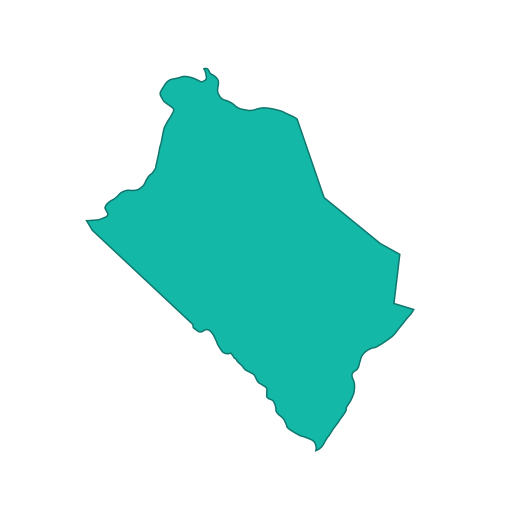 outline of San Juan, La Paz, Honduras, rotated 234°
{"feature_id": "27666195B87762475019358", "entity_name": "San Juan", "entity_type": "district", "adm_level": 2, "iso_a3": "HND", "parent_name": "Honduras", "parent_adm1": "La Paz", "projection": "albers", "projection_center": [-87.732, 13.955], "detail": "fine", "context": "isolated", "style": "filled", "palette": "teal", "viewbox_px": 512, "rotation_deg": 234, "n_neighbors": 0, "source": "geoboundaries", "source_scale": "gbopen_adm2", "svg_char_len": 6100}
<svg xmlns="http://www.w3.org/2000/svg" viewBox="0 0 512 512"><g transform="rotate(234 256 256)"><path d="M384.2,139.7L373.0,138.7L237.7,164.7L236.5,164.0L235.7,163.5L234.8,163.2L234.5,163.2L234.3,163.2L228.8,165.0L228.5,165.1L228.0,165.5L227.6,166.0L227.2,166.5L226.8,167.3L226.5,167.8L226.4,168.5L226.4,169.6L226.3,170.6L226.0,171.8L225.7,172.5L225.4,173.0L225.2,173.2L224.5,173.8L223.8,174.3L222.8,174.7L221.3,175.0L220.1,175.1L219.0,175.2L216.8,175.1L210.4,173.9L207.7,173.2L206.3,172.9L205.3,172.8L201.9,172.6L199.5,172.5L197.9,172.6L197.3,172.8L196.3,173.3L195.1,174.0L194.4,174.7L193.6,175.6L193.0,176.5L192.9,176.6L192.8,177.4L192.6,178.0L192.4,178.3L192.1,178.5L191.2,178.6L190.0,178.7L188.9,178.7L187.3,178.5L186.6,178.5L186.0,178.6L185.0,179.0L184.4,179.2L183.6,179.2L182.4,179.0L181.8,179.0L180.6,179.2L179.0,179.4L177.8,179.7L176.6,180.0L176.0,180.1L173.0,180.2L171.1,180.3L170.5,180.4L169.8,180.6L168.5,181.2L163.1,183.9L162.1,184.3L161.5,184.5L160.6,184.6L159.3,184.5L158.2,184.4L156.7,184.0L155.6,183.8L153.6,183.6L152.3,183.6L151.7,183.8L144.5,186.7L143.8,186.8L143.4,186.9L142.9,186.9L142.1,186.7L141.6,186.4L137.3,182.9L136.4,182.3L135.7,182.0L135.3,181.9L135.0,181.9L134.5,182.0L133.6,182.2L132.7,182.6L131.5,183.5L130.9,183.9L129.8,184.3L129.0,184.6L128.6,184.7L128.2,184.7L127.4,184.6L126.5,184.4L124.6,184.0L123.6,183.7L121.5,182.8L121.0,182.5L120.0,181.8L119.5,181.5L118.6,181.1L117.8,180.9L116.7,180.9L115.2,181.0L114.1,181.2L112.3,181.7L110.7,182.1L108.5,182.4L107.7,182.5L107.3,182.5L106.7,182.5L105.5,182.2L101.2,181.3L100.8,181.2L100.3,180.9L99.7,180.7L99.2,180.6L98.6,180.6L97.4,180.8L96.4,181.1L93.1,182.3L90.7,183.3L85.4,185.7L84.4,186.3L81.9,188.3L80.2,189.5L77.2,191.4L75.3,192.5L74.6,192.9L73.6,193.3L72.6,193.6L71.6,193.8L71.2,193.9L70.4,193.8L69.0,193.5L67.8,193.1L66.3,192.5L65.4,192.0L65.0,191.7L64.5,191.2L63.4,190.0L63.1,191.3L62.9,192.1L62.8,193.0L62.8,194.2L62.8,195.3L62.9,196.0L63.0,197.0L63.2,197.7L63.5,198.4L64.4,200.8L65.8,203.7L66.7,206.0L67.3,207.5L67.7,209.2L68.0,210.1L70.8,217.0L73.2,225.0L74.1,227.0L75.7,232.2L76.8,235.3L77.2,236.2L77.5,236.8L78.0,237.8L78.6,238.6L79.0,239.0L79.7,239.4L79.9,239.6L80.1,239.9L80.5,240.4L80.9,241.1L81.4,242.5L83.0,246.9L83.3,247.5L84.7,250.1L85.7,251.7L87.3,254.2L87.9,254.9L88.6,255.6L89.9,256.8L91.6,258.4L93.0,259.4L94.8,260.5L96.1,261.1L97.2,261.5L98.4,261.9L100.1,262.2L101.4,262.6L102.2,263.0L102.9,263.4L103.6,264.0L104.0,264.4L104.3,264.8L104.5,265.3L104.7,265.8L104.8,266.4L104.9,267.3L104.9,268.2L104.8,269.6L104.8,270.4L104.8,270.9L105.0,271.5L105.4,272.5L105.9,273.5L106.4,274.3L108.0,276.1L110.5,279.4L112.1,281.3L112.5,282.0L113.2,283.6L113.7,285.3L113.9,286.2L114.1,287.3L114.2,289.1L114.2,290.6L114.0,292.7L113.5,294.7L113.3,295.8L113.0,296.6L112.7,297.2L112.1,298.2L111.9,298.8L111.6,300.2L111.4,302.1L111.0,306.1L110.9,309.4L110.8,312.4L110.8,316.3L110.8,318.1L110.9,319.4L111.1,320.5L111.7,323.4L112.5,326.0L113.4,328.9L114.7,334.0L115.6,337.2L116.4,340.0L117.1,342.7L117.6,345.2L118.0,347.1L118.5,348.5L119.0,349.8L120.0,352.1L136.5,339.7L172.8,373.3L192.9,363.9L263.2,345.4L342.5,369.7L343.6,369.4L344.7,369.0L347.3,367.8L354.0,364.0L355.0,363.5L356.6,362.7L357.6,362.1L358.7,361.4L361.3,359.3L363.6,357.4L366.2,355.0L368.3,352.9L369.9,351.1L371.0,349.7L372.1,348.1L372.8,346.8L373.3,345.8L373.9,344.3L374.4,343.1L375.0,340.9L375.6,339.6L376.4,338.0L377.3,336.6L378.1,335.5L379.6,334.1L381.5,332.3L384.1,330.0L384.7,329.5L385.5,329.1L386.6,328.5L388.1,327.9L389.3,327.5L391.4,327.1L392.2,326.9L394.0,326.2L395.4,325.6L396.5,325.0L397.8,324.3L398.8,323.7L400.1,322.6L400.8,322.1L401.6,321.6L402.7,321.1L403.4,320.8L404.3,320.6L405.0,320.5L405.7,320.5L407.0,320.6L408.8,320.8L409.8,320.9L410.6,321.2L411.3,321.5L412.2,322.1L413.1,322.7L413.8,323.3L414.8,324.1L415.8,325.4L416.1,325.7L417.3,326.7L418.1,327.4L419.0,327.9L419.7,328.3L420.4,328.6L421.1,328.7L421.9,328.8L423.2,328.7L424.3,328.6L425.4,328.4L426.3,328.1L427.2,327.8L429.8,326.6L430.4,326.4L430.8,326.3L431.0,326.3L431.8,326.4L433.6,326.8L434.7,326.8L435.9,326.7L436.3,326.5L436.8,326.2L437.1,325.8L437.6,325.2L437.9,324.5L438.1,323.9L437.2,323.8L436.3,323.7L435.5,323.5L434.6,323.2L432.4,322.3L431.4,321.8L429.7,320.9L429.2,320.5L428.8,320.1L428.5,319.9L428.3,319.5L428.2,319.1L428.1,318.8L428.1,317.9L428.3,316.4L428.4,315.5L428.7,314.7L428.8,314.4L429.1,314.1L429.8,313.6L432.6,312.2L436.1,310.2L437.4,309.3L438.5,308.5L440.5,306.8L441.2,306.1L442.2,305.1L443.0,304.1L443.6,303.2L444.2,302.3L444.4,301.8L444.7,301.0L445.1,299.6L445.4,298.6L446.9,295.1L448.4,292.0L448.8,290.9L449.1,289.9L449.2,288.5L449.2,287.5L449.1,286.3L448.8,285.0L448.5,283.8L447.1,280.2L446.0,277.6L445.4,276.2L444.8,275.0L444.4,274.5L443.7,273.9L442.8,273.4L441.8,273.1L440.2,272.8L438.2,272.6L436.7,272.5L435.2,272.4L434.8,272.5L433.9,272.7L430.4,273.8L426.8,275.1L426.2,275.3L424.6,275.6L424.0,275.7L423.2,275.6L422.6,275.4L422.2,275.0L421.7,274.4L421.1,273.4L420.0,271.2L418.8,268.6L417.0,263.9L415.8,261.3L414.6,258.9L413.9,257.5L413.3,256.7L412.3,255.4L410.8,253.8L406.0,248.7L403.8,246.3L402.4,244.7L400.9,242.6L399.7,241.2L398.6,240.1L395.6,237.0L387.8,228.1L387.5,227.8L386.7,227.1L386.2,226.6L385.6,225.4L385.1,224.1L384.4,222.0L384.1,221.1L384.0,220.4L383.9,219.8L383.9,219.1L383.9,218.1L383.8,217.3L383.6,216.1L383.2,214.9L382.6,213.3L381.9,211.8L381.3,210.6L380.5,209.4L380.1,208.5L379.5,207.2L379.1,205.9L379.0,205.1L378.9,200.8L379.0,199.9L379.3,198.9L379.6,198.0L380.0,197.2L381.1,195.3L382.2,193.7L382.7,193.2L384.0,191.7L384.5,191.0L384.8,190.5L385.2,189.6L385.7,188.2L386.0,187.2L386.3,186.0L386.5,184.3L386.5,182.8L386.3,181.4L385.9,179.9L385.8,178.9L385.6,177.4L385.5,175.5L385.6,173.8L385.9,171.8L386.0,170.6L386.0,169.5L386.0,168.6L385.8,166.5L385.6,165.7L385.4,165.0L385.0,164.1L384.7,163.5L384.2,162.7L383.8,162.2L383.7,162.1L383.2,161.9L380.2,161.4L377.6,161.1L377.1,160.9L376.8,160.7L376.5,160.4L376.3,160.0L376.1,159.7L375.9,159.2L375.8,158.6L375.8,158.1L375.8,157.6L375.9,157.0L377.3,151.5L377.5,150.7L377.7,150.1L378.7,148.3L380.8,145.0L382.4,142.3L384.2,139.7Z" fill="#14b8a6" stroke="#0f766e" stroke-width="1.5"/></g></svg>